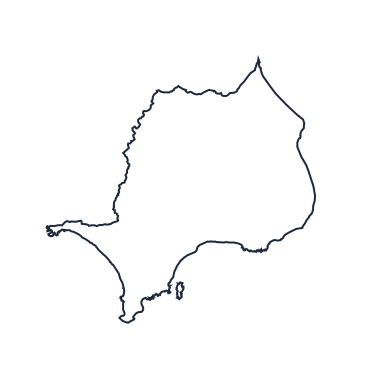 Santa Isabel, Boa Vista, Cabo Verde, rotated 229°
{"feature_id": "66160863B6342114798882", "entity_name": "Santa Isabel", "entity_type": "district", "adm_level": 2, "iso_a3": "CPV", "parent_name": "Cabo Verde", "parent_adm1": "Boa Vista", "projection": "robinson", "projection_center": [-22.884, 16.099], "detail": "fine", "context": "isolated", "style": "outline", "palette": "slate", "viewbox_px": 384, "rotation_deg": 229, "n_neighbors": 0, "source": "geoboundaries", "source_scale": "gbopen_adm2", "svg_char_len": 5972}
<svg xmlns="http://www.w3.org/2000/svg" viewBox="0 0 384 384"><g transform="rotate(229 192 192)"><path d="M259.3,63.0L259.2,62.0L260.0,60.9L261.1,60.4L261.0,59.6L260.5,59.9L259.9,59.0L259.0,60.2L257.6,60.2L257.9,57.8L257.3,57.1L255.4,60.8L254.3,60.8L253.6,60.1L254.4,55.9L253.3,55.5L251.2,56.4L250.9,57.7L250.3,57.8L250.4,59.0L251.7,60.3L251.6,61.5L250.3,61.5L249.2,61.0L247.9,61.5L247.7,62.6L249.4,63.8L249.7,65.3L249.6,65.8L249.0,65.8L249.4,66.3L248.9,66.9L248.9,69.3L248.4,69.8L246.9,69.9L247.2,70.8L246.7,71.2L246.1,70.8L246.0,71.6L243.4,74.6L241.7,75.0L239.6,76.5L235.2,78.4L231.9,79.3L229.4,79.3L228.0,80.1L222.6,81.8L220.7,81.9L219.1,82.9L217.4,82.9L215.1,83.9L209.2,83.5L198.7,84.7L193.2,84.5L192.8,84.1L191.9,84.6L190.1,84.2L188.7,84.7L178.4,83.2L173.5,80.9L169.2,79.9L165.4,78.1L164.9,77.3L164.7,77.6L163.4,77.0L161.1,75.3L159.1,72.7L159.2,72.1L158.6,71.5L159.7,69.5L159.0,69.1L159.1,68.5L158.2,68.2L157.3,68.6L156.7,67.7L156.0,67.6L155.3,68.4L153.9,68.7L153.4,67.2L148.4,62.8L145.2,61.8L144.2,61.1L143.5,59.8L144.9,56.7L144.5,54.6L140.1,55.1L136.3,57.2L135.0,58.7L135.1,59.8L133.8,64.7L134.3,65.5L135.6,65.1L136.5,66.0L137.1,70.5L136.3,73.1L134.6,75.3L134.8,76.8L135.4,78.1L136.8,79.3L140.2,80.2L142.5,81.8L143.4,84.6L142.6,87.6L141.7,87.9L140.9,87.5L139.7,88.2L139.6,88.9L138.8,89.1L139.1,89.1L138.6,89.4L139.2,89.7L138.8,90.1L139.2,90.1L138.9,90.2L139.5,90.3L138.5,90.7L137.4,92.3L137.9,92.3L137.8,92.6L138.5,92.3L138.2,92.7L138.8,92.7L138.2,93.9L138.8,93.7L138.7,94.2L139.3,94.2L139.6,94.8L138.5,95.9L138.7,97.9L138.2,97.8L137.4,98.6L136.5,98.0L136.0,98.3L135.9,98.2L135.8,98.3L136.1,100.2L135.3,100.5L136.1,101.5L136.5,103.1L135.7,105.4L134.7,106.2L134.9,106.9L134.5,107.8L133.5,108.5L131.1,107.7L130.7,108.5L131.5,109.3L129.7,110.1L132.6,109.7L133.0,110.6L133.7,110.9L134.4,112.8L135.5,112.7L136.2,113.3L136.1,113.7L136.9,112.9L138.0,113.7L138.6,115.1L138.3,116.3L139.5,118.6L140.0,121.9L143.2,126.0L146.0,132.1L147.5,138.0L147.7,143.0L147.2,147.2L144.6,155.1L145.1,157.4L146.9,160.2L146.9,163.2L144.4,171.3L143.5,171.9L142.2,174.1L141.5,174.4L139.2,177.1L138.4,177.4L132.7,183.2L132.1,184.6L129.2,187.2L126.7,190.2L122.4,193.5L119.7,194.6L118.1,194.5L117.4,193.1L116.0,194.0L114.9,192.9L113.8,193.0L113.4,193.6L113.9,193.7L114.0,194.3L113.5,195.3L112.7,196.0L111.6,195.9L109.8,196.4L109.9,197.0L109.2,197.2L109.1,198.1L108.0,198.2L107.0,199.2L106.6,200.0L106.3,199.8L105.4,200.8L105.4,201.8L104.9,201.6L105.2,202.6L104.6,202.7L104.8,203.8L103.4,203.7L103.5,205.0L102.7,204.9L103.2,205.5L103.4,206.6L102.3,206.0L102.0,206.3L101.3,205.6L101.2,207.9L100.4,208.3L100.6,208.7L100.1,208.9L100.2,209.3L99.6,209.1L99.3,209.5L100.2,212.6L100.9,212.8L102.1,214.5L102.4,216.3L102.2,216.6L102.9,217.3L102.7,219.5L101.7,222.8L99.2,224.7L97.6,227.3L98.0,228.4L97.5,229.8L98.6,233.4L98.1,237.5L95.8,246.4L92.5,251.7L93.4,253.1L94.1,256.4L95.7,260.3L96.0,263.0L96.7,264.2L97.3,268.6L99.2,271.8L101.9,274.2L105.1,279.1L108.4,282.4L116.7,287.4L132.2,294.0L137.6,295.9L146.8,297.6L156.8,301.0L160.2,303.9L161.8,306.8L162.2,308.5L161.8,309.0L163.0,310.8L163.6,310.8L164.8,312.0L166.3,314.7L166.8,318.3L169.0,320.3L170.0,321.7L173.9,323.4L181.1,322.0L196.8,320.4L211.4,319.7L220.1,320.3L232.5,321.5L235.4,322.3L239.5,324.3L240.2,325.2L241.6,324.9L243.8,325.7L245.0,326.6L245.4,328.1L248.9,329.4L247.1,327.3L246.2,324.7L244.7,322.7L243.9,320.8L242.7,319.6L243.3,314.2L242.9,311.6L241.1,303.4L240.8,298.7L239.6,295.1L239.7,293.8L238.6,292.0L239.1,289.4L240.9,286.6L241.8,285.8L241.6,282.4L242.2,280.6L244.0,278.6L245.4,278.0L247.7,278.8L248.3,276.9L250.4,275.2L251.1,275.0L252.1,275.6L253.7,275.2L253.8,274.3L254.5,274.4L257.8,272.0L259.4,266.8L260.0,262.8L261.4,261.7L262.3,259.7L265.3,257.7L267.5,257.2L268.7,256.5L269.8,253.8L272.5,253.5L272.9,254.4L275.8,252.6L280.9,251.2L280.9,248.9L281.4,248.3L281.5,247.7L281.4,245.8L280.8,245.1L281.3,243.8L281.0,242.9L281.9,241.7L282.0,240.3L286.2,235.6L288.5,234.1L290.1,234.1L291.5,231.9L290.2,231.3L290.5,227.4L289.5,224.9L287.4,222.6L287.3,221.3L286.8,220.8L284.3,220.9L284.4,218.0L282.4,215.6L282.1,213.6L282.7,211.5L283.1,210.3L284.6,209.1L284.8,208.2L283.4,206.6L281.9,206.6L281.0,204.8L281.6,203.6L281.1,201.8L281.8,200.9L282.0,198.9L280.5,197.6L279.0,197.1L277.1,197.2L276.2,195.4L276.0,192.6L276.5,191.6L278.9,191.8L279.2,188.8L277.4,187.6L273.9,187.7L273.4,186.5L273.5,185.0L272.9,184.4L269.3,183.2L269.5,180.3L270.3,179.6L269.5,179.1L269.2,177.2L270.5,175.6L269.6,174.6L266.6,173.1L266.6,165.7L263.8,165.7L262.6,165.1L261.4,165.6L260.0,165.3L257.9,164.2L257.4,163.0L255.3,162.4L254.4,162.9L252.8,161.9L252.6,160.3L252.1,160.2L251.6,159.4L251.8,158.9L250.7,156.8L249.2,155.7L248.3,152.8L246.2,152.2L245.2,150.9L244.3,148.4L243.4,147.3L244.7,144.7L244.3,143.7L244.9,141.9L244.5,140.9L242.4,140.3L241.3,137.6L240.0,137.2L239.4,136.4L239.2,135.6L239.4,135.1L238.0,134.3L238.1,133.7L238.5,133.6L238.4,132.8L237.6,132.0L237.1,129.9L236.3,129.3L235.5,126.5L233.5,124.5L232.6,124.2L232.5,123.5L231.5,123.1L230.8,121.2L229.4,121.3L229.0,121.8L227.0,120.1L226.5,120.6L224.9,121.0L223.9,120.5L222.7,120.7L220.7,118.0L219.2,117.8L218.9,116.7L221.0,111.6L221.2,109.6L223.2,106.3L224.7,105.3L226.0,102.6L227.8,100.6L228.7,97.8L230.5,96.8L232.3,95.0L234.1,92.0L235.2,92.1L236.7,91.2L240.3,87.9L242.4,89.4L243.3,89.3L245.8,84.7L248.9,81.6L249.6,79.8L250.4,79.7L252.1,78.4L252.5,76.2L252.1,72.1L254.6,69.4L256.7,65.6L259.3,63.0ZM121.5,111.7L121.0,112.1L119.9,111.8L119.4,112.0L119.6,115.3L120.1,116.0L120.9,115.8L121.9,117.3L122.3,116.9L122.8,117.4L123.7,117.5L123.4,119.1L124.6,122.2L125.6,123.0L125.7,122.3L126.3,122.1L126.9,122.6L127.8,122.6L127.8,123.3L128.5,123.2L129.4,123.9L129.4,124.5L130.1,124.2L130.1,124.7L131.4,123.8L131.7,123.3L131.2,122.0L132.3,121.2L131.4,120.9L130.8,119.1L129.9,117.6L129.2,117.4L128.9,116.4L126.8,116.3L126.2,115.7L126.1,114.9L125.3,114.5L124.9,113.7L123.7,113.4L123.0,112.5L122.1,112.7L122.0,112.0L121.6,112.4L121.9,112.0L121.5,112.2L121.5,111.7Z" fill="none" stroke="#1e293b" stroke-width="2"/></g></svg>